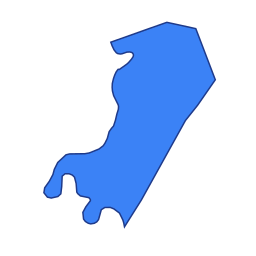 Meade, Kentucky, United States of America, rotated 259°
{"feature_id": "52423323B30136231035834", "entity_name": "Meade", "entity_type": "district", "adm_level": 2, "iso_a3": "USA", "parent_name": "United States of America", "parent_adm1": "Kentucky", "projection": "albers", "projection_center": [-86.246, 37.999], "detail": "fine", "context": "isolated", "style": "filled", "palette": "blue", "viewbox_px": 256, "rotation_deg": 259, "n_neighbors": 0, "source": "geoboundaries", "source_scale": "gbopen_adm2", "svg_char_len": 1259}
<svg xmlns="http://www.w3.org/2000/svg" viewBox="0 0 256 256"><g transform="rotate(259 128 128)"><path d="M42.9,69.9L42.1,70.8L41.0,73.1L40.9,76.7L41.8,79.4L43.7,81.6L52.9,86.2L54.4,90.1L53.4,95.5L51.3,98.7L46.1,103.4L38.7,105.4L35.6,105.7L31.7,105.7L54.7,127.3L124.4,185.8L137.0,200.6L158.7,222.9L212.6,213.5L220.8,194.5L224.3,186.3L221.9,169.9L216.4,133.3L215.5,127.5L211.7,128.1L207.4,129.2L204.1,130.9L203.0,132.1L202.1,134.6L202.0,136.3L202.7,141.4L202.3,144.2L201.7,145.6L200.9,146.7L199.3,147.3L198.3,147.2L197.1,146.7L195.0,144.7L192.1,141.0L190.9,139.0L188.4,133.5L187.1,130.6L187.5,129.6L187.0,128.9L185.2,127.0L182.4,125.0L179.3,123.2L174.7,121.1L170.9,120.2L167.4,119.8L162.4,120.1L152.6,122.8L150.8,122.8L148.2,122.1L143.7,119.7L137.9,117.1L132.7,114.2L130.8,111.7L128.0,108.8L121.7,105.7L117.5,102.5L115.4,100.4L115.2,100.1L112.9,95.5L110.9,85.1L111.0,80.7L113.7,65.7L113.5,62.0L107.6,52.5L101.5,47.8L96.6,45.4L91.8,41.5L90.8,40.7L85.2,34.8L80.5,33.1L75.5,35.7L75.0,36.9L73.9,39.3L74.1,46.1L76.2,49.5L83.0,51.7L93.3,54.2L95.1,57.5L94.3,61.5L92.4,64.4L89.9,66.1L83.4,66.5L74.9,65.5L73.2,66.1L70.4,68.3L67.1,76.3L65.0,77.4L63.8,77.2L58.7,71.6L53.8,67.6L47.1,67.0L44.4,68.3L42.9,69.9Z" fill="#3b82f6" stroke="#1e3a8a" stroke-width="1.5"/></g></svg>